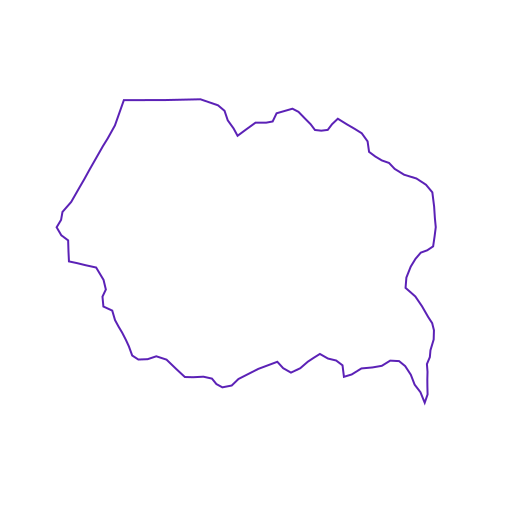 the district of Gravatal, Santa Catarina, Brazil, rotated 166°
{"feature_id": "56859067B54481618407288", "entity_name": "Gravatal", "entity_type": "district", "adm_level": 2, "iso_a3": "BRA", "parent_name": "Brazil", "parent_adm1": "Santa Catarina", "projection": "mercator", "projection_center": [-49.028, -28.349], "detail": "fine", "context": "isolated", "style": "outline", "palette": "violet", "viewbox_px": 512, "rotation_deg": 166, "n_neighbors": 0, "source": "geoboundaries", "source_scale": "gbopen_adm2", "svg_char_len": 1648}
<svg xmlns="http://www.w3.org/2000/svg" viewBox="0 0 512 512"><g transform="rotate(166 256 256)"><path d="M127.8,72.8L123.0,80.2L121.3,87.8L119.6,94.9L117.6,102.1L116.3,109.8L111.8,115.8L109.5,122.4L103.8,132.0L101.3,140.9L101.3,148.2L103.7,155.2L107.1,167.1L111.2,178.2L118.6,188.9L115.3,198.7L108.4,208.3L101.9,214.7L95.3,219.4L88.5,220.1L81.8,222.5L77.9,232.0L74.6,240.5L73.3,249.3L71.2,260.9L69.5,275.1L73.8,284.0L81.6,292.4L92.6,299.0L100.4,307.0L104.4,314.1L110.8,318.3L116.2,323.7L121.1,329.7L120.0,340.2L123.7,349.5L129.5,355.5L135.8,361.6L143.4,369.4L150.3,365.5L155.9,361.0L162.3,361.8L168.3,364.0L171.1,370.6L175.5,378.0L179.9,385.6L185.0,390.1L201.5,389.5L207.3,382.5L213.7,382.9L224.2,385.5L235.4,381.0L244.8,377.1L246.9,385.2L250.6,394.5L251.4,404.5L256.4,411.4L272.0,421.5L306.9,429.4L346.5,439.2L361.3,416.8L371.5,405.9L377.9,399.7L383.7,393.6L396.5,380.2L404.0,372.1L410.7,365.2L422.2,353.2L433.1,345.6L436.4,338.2L442.5,332.1L439.9,323.2L434.5,316.6L436.8,306.0L438.8,296.0L431.4,292.4L423.6,288.3L413.9,283.5L409.7,269.7L409.8,259.8L414.8,253.7L416.3,243.9L408.7,237.8L408.3,227.9L406.4,220.6L404.4,214.0L402.5,205.9L401.2,199.0L400.2,189.4L395.2,184.0L386.1,182.1L377.0,182.8L367.9,177.1L360.7,165.6L354.3,155.8L346.4,153.6L336.2,151.6L328.4,147.7L325.4,141.3L320.4,136.7L310.9,136.2L302.8,140.9L281.1,145.9L260.9,148.2L256.8,140.6L250.3,134.4L240.2,136.4L231.3,140.9L224.5,143.3L217.7,145.5L211.0,139.1L203.5,135.2L198.5,129.0L199.9,117.5L191.8,117.9L180.9,121.4L170.0,119.7L160.5,119.0L151.1,122.0L142.6,119.4L137.9,113.1L134.5,103.3L133.2,92.8L129.4,84.1L127.8,72.8Z" fill="none" stroke="#5b21b6" stroke-width="2"/></g></svg>